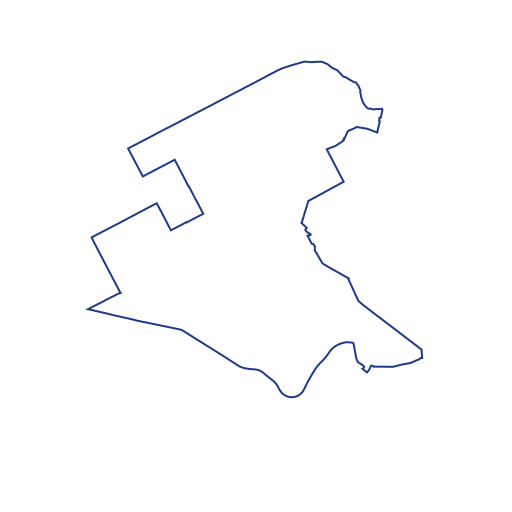 the district of Burnside, South Australia, Australia, rotated 336°
{"feature_id": "25037944B2025658304279", "entity_name": "Burnside", "entity_type": "district", "adm_level": 2, "iso_a3": "AUS", "parent_name": "Australia", "parent_adm1": "South Australia", "projection": "natural_earth1", "projection_center": [138.659, -34.944], "detail": "fine", "context": "isolated", "style": "outline", "palette": "blue", "viewbox_px": 512, "rotation_deg": 336, "n_neighbors": 0, "source": "geoboundaries", "source_scale": "gbopen_adm2", "svg_char_len": 5883}
<svg xmlns="http://www.w3.org/2000/svg" viewBox="0 0 512 512"><g transform="rotate(336 256 256)"><path d="M81.0,236.3L83.0,237.8L86.3,240.3L90.5,243.5L93.6,245.8L94.1,246.2L98.2,249.3L102.8,252.9L107.9,256.6L110.3,258.5L114.0,261.2L119.5,265.4L121.0,266.6L121.9,267.3L125.3,269.7L125.4,269.8L132.3,274.7L136.3,277.6L138.7,279.3L149.1,286.7L153.3,289.8L156.2,291.9L157.8,293.1L158.3,293.7L160.4,296.8L163.5,301.4L164.5,302.9L166.9,306.6L167.9,308.1L170.5,311.8L173.2,315.8L173.9,316.9L177.9,322.8L179.1,324.6L179.7,325.5L181.7,328.5L184.7,333.0L184.8,333.1L186.8,336.1L189.4,340.1L192.5,344.8L192.9,345.3L194.2,347.5L196.6,350.9L197.5,351.6L198.2,352.3L199.1,353.2L199.9,353.8L200.3,354.1L200.8,354.4L201.2,354.7L202.1,355.3L204.4,356.7L205.8,357.5L206.7,358.0L207.8,358.6L208.7,359.0L209.0,359.2L209.6,359.6L210.5,360.2L211.1,360.7L211.4,360.9L212.2,361.6L212.9,362.3L213.2,362.7L213.6,363.2L214.5,364.5L214.8,365.0L215.1,365.5L216.8,369.1L218.5,372.4L219.6,374.5L220.8,376.7L221.2,377.7L221.7,378.7L222.0,379.9L222.4,380.9L222.6,381.9L222.7,383.0L222.9,384.0L222.9,384.6L223.1,387.9L223.4,389.4L223.8,391.1L223.9,391.6L224.4,392.6L224.8,393.5L225.2,394.2L225.4,394.5L226.0,395.3L226.6,396.2L227.1,396.7L227.8,397.3L228.7,398.1L229.5,398.6L230.5,399.2L231.1,399.5L231.8,399.8L232.8,400.1L233.4,400.3L234.4,400.5L235.4,400.7L236.5,400.7L237.0,400.7L238.0,400.7L239.1,400.5L240.7,400.1L241.6,399.8L242.6,399.3L243.2,399.1L243.6,398.8L244.1,398.5L244.5,398.2L244.9,397.9L247.3,396.0L250.6,393.2L253.7,390.8L256.1,389.1L257.4,388.1L259.5,386.6L260.0,386.3L260.9,385.6L261.4,385.4L261.8,385.1L262.2,384.7L263.2,384.1L264.5,383.2L265.4,382.6L266.1,382.3L266.3,382.2L267.3,381.6L267.8,381.3L268.4,381.1L268.8,381.0L269.7,380.5L270.7,380.0L271.3,379.8L273.2,379.1L273.7,378.9L275.7,378.1L276.2,377.9L276.9,377.5L278.7,376.7L279.6,376.2L280.1,375.9L280.5,375.6L281.0,375.4L282.4,374.6L283.3,374.0L284.2,373.4L284.7,373.2L285.0,373.0L287.1,372.0L288.1,371.6L289.1,371.3L289.7,371.1L290.2,371.0L290.8,370.9L291.3,370.8L291.8,370.7L292.3,370.6L292.9,370.5L293.4,370.5L295.0,370.4L296.5,370.4L297.1,370.4L297.6,370.5L298.7,370.6L302.9,371.3L304.9,372.2L308.5,374.2L309.4,374.9L309.4,376.0L306.0,390.2L305.8,394.1L308.6,398.5L309.5,400.0L309.6,400.7L309.6,401.4L309.2,401.8L308.7,402.1L307.4,402.3L310.0,407.5L312.9,406.1L314.3,405.0L315.4,403.8L316.6,403.0L317.9,403.6L318.2,404.8L321.3,406.2L325.7,408.2L336.2,413.0L345.2,414.5L352.4,416.3L353.5,416.6L360.1,416.6L362.7,416.8L364.1,416.4L364.6,416.2L365.1,416.2L365.8,416.6L366.3,416.8L369.2,408.9L350.0,373.7L346.1,366.6L340.9,357.2L339.1,353.8L334.0,344.5L332.4,341.1L331.3,338.8L331.2,332.3L331.0,313.8L331.3,313.8L321.1,300.1L320.3,299.1L315.6,292.5L314.4,290.7L314.0,290.3L313.7,289.8L312.4,277.6L312.1,276.9L312.0,274.7L313.7,271.2L313.2,268.2L311.8,267.3L311.4,258.4L311.9,258.5L314.2,259.1L314.7,258.3L311.9,254.1L311.7,252.1L313.8,251.0L311.9,246.5L311.6,245.8L311.2,244.6L311.0,244.2L311.5,244.0L314.6,240.4L317.6,236.9L318.2,236.2L321.7,232.2L322.4,231.4L325.1,228.3L326.2,227.0L334.2,226.4L366.3,223.8L365.4,209.7L364.8,200.4L364.8,199.9L364.8,199.4L364.2,189.9L364.0,187.9L364.0,187.4L367.7,187.4L373.5,187.8L381.8,186.4L382.4,186.0L383.8,184.8L383.8,185.4L388.2,181.5L390.7,179.3L392.8,179.3L399.4,179.3L399.9,179.3L400.2,178.9L409.5,185.1L417.0,192.5L417.2,192.1L421.4,186.6L423.8,183.5L423.4,182.7L425.1,179.9L426.2,180.4L431.0,173.9L430.9,172.7L428.8,172.2L426.3,170.9L422.6,169.8L421.2,168.4L418.6,167.0L417.8,166.2L416.5,161.8L416.3,158.4L416.6,154.1L417.2,152.0L417.7,149.3L417.7,149.2L418.8,146.9L418.7,144.8L418.9,142.8L418.8,141.9L418.7,141.4L418.3,140.4L418.1,139.4L418.1,138.8L418.1,138.3L416.4,137.2L413.0,132.7L411.3,129.9L408.7,127.6L405.9,119.5L401.9,114.8L399.3,109.7L395.4,105.6L394.4,104.9L393.5,104.6L390.0,103.1L388.2,102.5L384.6,101.1L380.5,98.7L380.2,98.5L379.5,98.3L378.7,98.0L370.1,96.8L366.1,96.2L365.7,96.2L360.4,95.6L356.1,95.2L355.2,95.2L349.8,95.3L348.0,95.5L347.3,95.5L342.3,95.8L328.7,96.8L323.7,97.1L318.9,97.4L315.5,97.6L309.8,98.0L308.3,98.0L305.7,98.2L304.1,98.2L300.9,98.5L299.4,98.6L295.0,98.9L294.6,98.9L292.5,99.0L292.1,99.1L289.4,99.2L286.2,99.4L283.8,99.6L283.1,99.6L278.9,99.9L274.3,100.2L267.5,100.6L266.7,100.6L262.8,100.9L261.3,100.9L255.8,101.3L250.3,101.6L242.1,102.1L238.0,102.4L235.5,102.5L232.6,102.7L228.2,103.0L225.8,103.0L223.9,103.2L221.5,103.3L219.5,103.4L219.3,103.4L216.6,103.6L214.6,103.7L211.3,104.0L209.7,104.1L206.6,104.3L204.2,104.4L202.1,104.6L199.1,104.7L197.5,104.9L194.5,105.0L192.8,105.2L190.1,105.3L188.2,105.4L182.9,105.8L183.1,108.7L183.6,116.3L183.9,121.3L184.1,124.0L184.2,125.5L184.4,128.9L184.4,129.2L184.5,131.2L184.7,133.7L184.9,136.8L184.9,137.3L191.0,136.9L192.9,136.8L195.7,136.6L196.4,136.5L203.3,136.1L205.0,136.0L211.8,135.6L213.0,135.5L220.9,135.0L221.0,137.1L221.3,141.7L221.4,143.0L221.6,147.0L221.8,150.0L222.1,155.0L222.2,156.7L222.4,161.1L222.6,164.9L223.0,164.9L223.0,165.4L223.2,168.0L223.2,168.5L223.3,170.2L223.4,171.3L223.6,174.3L223.6,175.1L223.9,180.2L224.0,180.4L224.0,180.7L224.1,181.8L224.4,187.1L224.4,187.7L224.5,188.3L224.7,191.6L224.7,192.1L224.7,192.5L224.9,194.9L225.0,196.0L222.2,196.2L221.8,196.2L221.3,196.2L217.7,196.4L211.3,196.8L206.3,197.2L206.2,196.8L205.9,196.8L200.4,197.2L188.7,197.9L188.4,193.0L188.2,190.0L188.1,187.1L187.8,182.9L187.5,178.2L187.5,177.2L187.1,172.9L186.8,167.5L182.4,167.7L177.7,168.0L172.7,168.3L168.8,168.6L165.6,168.8L159.7,169.2L153.9,169.6L150.3,169.9L147.8,170.0L146.6,170.1L140.8,170.5L131.8,171.0L124.9,171.4L122.7,171.6L117.0,171.9L113.4,172.2L113.4,174.0L113.6,177.6L113.9,182.9L114.3,189.0L114.5,193.0L114.7,195.0L114.8,197.2L115.0,200.4L115.2,202.9L115.3,205.1L115.6,210.1L115.9,214.3L116.1,218.6L116.5,223.7L116.8,228.8L117.1,234.0L117.3,234.7L114.6,234.4L109.5,234.7L106.8,234.8L101.7,235.1L93.7,235.6L86.5,235.9L81.0,236.3Z" fill="none" stroke="#1e3a8a" stroke-width="2"/></g></svg>